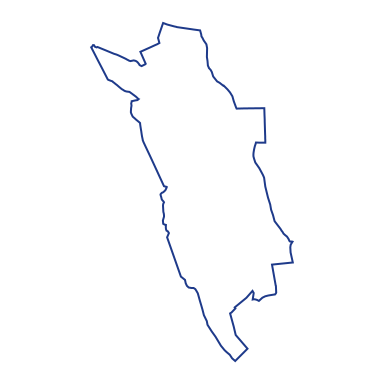 outline of Movileni, Galati, Romania
{"feature_id": "2599482B38309693549911", "entity_name": "Movileni", "entity_type": "district", "adm_level": 2, "iso_a3": "ROU", "parent_name": "Romania", "parent_adm1": "Galati", "projection": "orthographic", "projection_center": [27.365, 45.757], "detail": "fine", "context": "isolated", "style": "outline", "palette": "blue", "viewbox_px": 384, "rotation_deg": 0, "n_neighbors": 0, "source": "geoboundaries", "source_scale": "gbopen_adm2", "svg_char_len": 3788}
<svg xmlns="http://www.w3.org/2000/svg" viewBox="0 0 384 384"><path d="M203.9,315.2L204.9,317.2L206.8,321.1L207.5,324.8L211.7,331.4L215.5,336.7L220.9,345.7L224.5,350.1L226.5,352.0L229.8,354.8L231.9,358.0L232.2,358.4L233.7,359.7L234.9,360.7L235.2,361.0L247.5,348.7L235.7,335.0L233.7,326.5L230.2,313.8L230.1,313.4L231.5,312.5L235.4,308.4L234.7,307.4L246.3,297.9L246.5,297.7L252.5,290.9L253.7,293.0L252.7,299.5L254.1,299.2L254.9,299.4L255.7,299.5L257.2,300.0L258.9,300.9L262.4,297.7L265.2,296.3L268.3,295.5L274.4,294.5L274.9,294.5L275.8,293.5L276.2,292.6L275.9,285.8L275.7,285.5L272.0,264.6L292.8,262.5L290.6,252.5L290.3,247.3L290.7,244.7L292.5,241.7L291.8,241.5L291.3,241.6L290.8,241.6L290.0,241.5L289.4,240.9L288.5,238.9L287.0,236.6L284.9,234.9L283.5,233.6L282.6,232.0L282.0,231.2L281.9,231.1L281.7,230.9L280.5,228.9L274.6,221.2L273.0,215.1L271.1,209.7L270.2,204.5L268.0,197.6L265.3,186.6L264.1,177.7L263.0,175.1L259.3,168.2L255.3,162.5L254.0,158.5L253.7,157.3L253.5,156.7L253.4,155.1L253.5,153.1L253.7,151.7L254.0,149.9L254.4,148.0L254.8,146.4L254.9,146.0L255.5,144.3L256.0,142.5L259.9,142.7L262.4,142.7L264.3,142.7L265.3,142.7L265.3,142.3L265.3,140.3L265.2,138.3L265.2,137.3L265.2,136.2L265.1,134.2L264.7,121.2L264.7,119.7L264.5,114.9L264.3,108.2L264.1,108.2L263.8,108.2L245.1,108.4L244.6,108.4L236.6,108.6L236.0,107.3L233.8,101.3L232.9,98.1L232.4,96.3L230.0,92.4L227.5,89.4L223.7,85.6L223.4,85.8L219.6,82.8L217.1,81.4L213.2,76.5L211.8,72.0L210.7,70.0L208.9,68.0L208.9,67.8L207.9,65.6L207.5,60.9L206.9,57.0L207.1,48.1L206.4,44.3L204.6,41.7L203.8,40.6L202.3,37.6L201.5,36.5L201.2,34.4L200.1,30.4L193.4,29.5L192.1,29.3L176.9,27.1L176.4,26.9L174.2,26.4L173.8,26.3L167.1,24.5L163.1,23.0L159.6,33.1L158.3,37.1L158.0,37.9L158.3,38.9L159.4,43.0L158.9,43.3L158.7,43.4L157.6,44.0L157.3,44.2L155.2,45.1L154.1,45.6L150.2,47.4L140.4,51.8L144.1,60.2L145.7,63.8L145.4,64.2L141.6,66.1L140.2,65.4L139.6,65.1L139.2,64.3L138.5,63.4L137.9,62.6L137.1,61.8L135.7,60.9L133.7,60.4L130.4,61.1L128.7,60.5L128.1,60.1L126.7,59.4L125.9,58.9L123.2,57.6L121.9,57.0L118.5,55.4L116.6,54.6L116.3,54.5L114.0,53.8L105.8,50.4L97.5,47.0L96.9,47.3L96.6,47.4L95.3,46.9L95.0,46.8L93.9,45.1L93.0,45.1L92.0,46.8L91.7,47.0L91.2,47.3L93.7,52.1L93.9,52.5L96.0,56.6L96.5,57.6L98.4,61.3L101.9,68.0L107.4,78.7L107.8,79.5L108.2,79.7L108.3,79.8L108.7,80.0L109.9,80.4L110.2,80.6L112.0,81.2L112.3,81.3L112.6,81.5L113.1,82.1L114.4,83.0L115.3,83.8L116.9,85.0L119.2,87.0L121.5,88.9L122.4,89.5L122.6,89.6L123.0,89.8L123.4,90.1L123.9,90.4L124.1,90.6L125.1,91.1L125.3,91.1L125.8,91.3L126.5,91.5L129.5,91.9L136.0,96.7L138.4,99.0L138.6,99.1L137.8,99.8L137.4,100.1L135.4,100.4L131.7,101.2L131.7,101.7L131.6,102.0L131.2,103.5L131.5,105.4L131.4,106.4L131.1,108.0L131.0,109.8L130.9,111.2L130.9,112.5L131.5,114.1L132.5,116.2L132.7,116.6L132.8,116.7L135.1,118.7L135.8,119.4L139.8,122.7L139.9,122.8L140.1,123.1L140.1,123.7L140.1,123.8L140.4,126.0L140.6,127.3L141.1,130.5L141.2,130.9L141.6,133.8L142.0,136.3L142.7,139.6L142.8,140.4L143.0,140.8L143.5,142.1L145.6,146.6L150.1,156.1L156.3,169.5L159.1,175.6L164.0,186.2L166.7,186.9L166.7,187.4L166.1,188.7L165.5,190.0L164.9,190.7L163.4,192.1L163.1,192.3L161.9,192.8L161.5,193.2L161.1,193.6L160.6,194.2L160.5,194.7L160.7,195.4L161.3,197.4L161.7,199.2L162.1,199.9L163.6,201.6L164.0,202.3L163.7,202.9L163.2,204.0L163.0,205.6L163.2,209.1L163.3,211.1L163.4,212.1L163.6,212.8L163.8,213.6L164.0,215.2L164.0,216.7L162.9,220.5L163.2,223.8L164.6,224.6L165.9,224.9L165.8,227.4L166.0,229.2L166.5,230.6L167.2,231.0L167.9,231.4L168.9,233.1L168.0,235.2L167.1,237.3L178.3,269.2L180.9,276.6L185.0,279.9L185.7,283.2L186.9,285.8L188.7,287.5L191.4,288.0L193.6,288.0L195.3,289.1L196.6,291.2L197.8,293.3L198.5,295.8L199.9,300.8L201.5,306.2L202.5,309.7L203.2,312.4L203.9,315.2Z" fill="none" stroke="#1e3a8a" stroke-width="2"/></svg>